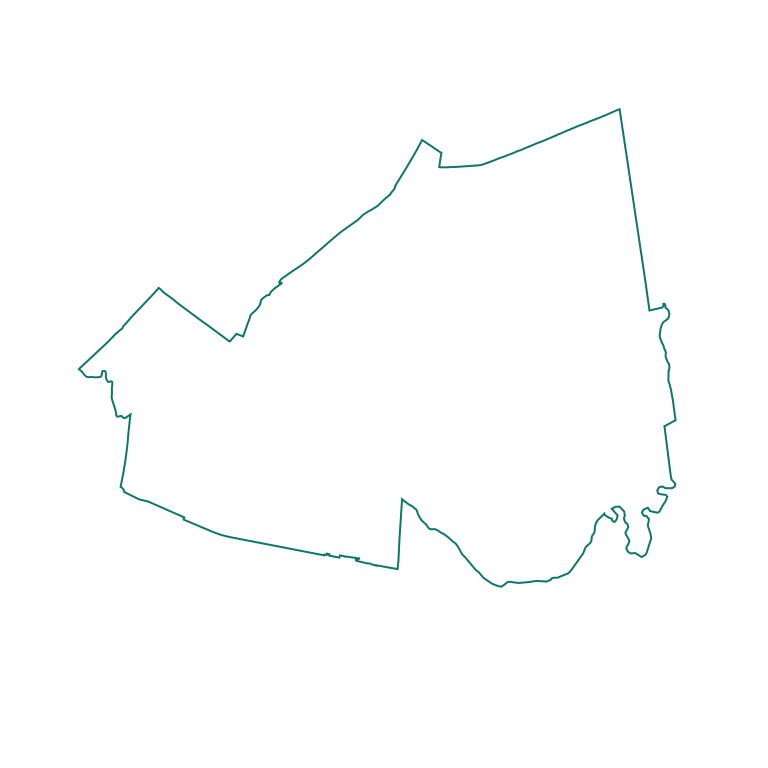 the district of Ghidigeni, Galati, Romania, rotated 257°
{"feature_id": "2599482B46440219458766", "entity_name": "Ghidigeni", "entity_type": "district", "adm_level": 2, "iso_a3": "ROU", "parent_name": "Romania", "parent_adm1": "Galati", "projection": "natural_earth1", "projection_center": [27.503, 46.029], "detail": "fine", "context": "isolated", "style": "outline", "palette": "teal", "viewbox_px": 768, "rotation_deg": 257, "n_neighbors": 0, "source": "geoboundaries", "source_scale": "gbopen_adm2", "svg_char_len": 6153}
<svg xmlns="http://www.w3.org/2000/svg" viewBox="0 0 768 768"><g transform="rotate(257 384 384)"><path d="M528.3,186.0L526.4,183.6L523.3,179.1L521.4,176.2L512.4,162.7L507.9,155.8L506.0,153.0L502.0,147.5L500.6,145.4L499.1,143.2L498.7,142.8L497.0,141.5L496.5,140.4L495.9,139.1L495.0,137.2L493.9,135.6L493.9,134.8L489.6,128.3L486.6,123.6L467.2,90.1L466.0,90.9L465.4,91.5L464.8,91.9L463.9,92.4L462.0,93.4L460.8,93.9L459.3,94.7L458.1,95.7L457.6,96.3L457.3,97.1L457.0,98.1L456.8,99.2L456.8,100.3L456.6,101.0L456.1,102.0L455.5,103.9L454.9,107.0L454.7,108.3L454.7,109.1L454.8,109.6L455.2,110.2L455.8,110.7L457.2,111.4L457.9,111.7L458.6,111.9L459.3,112.1L459.7,112.5L459.8,113.0L459.8,113.6L459.7,114.2L459.5,114.6L459.1,115.1L458.7,115.4L458.2,115.5L456.5,115.3L452.9,114.5L451.9,114.5L450.6,114.7L449.8,114.9L448.9,115.3L448.4,115.7L448.1,116.0L447.9,116.4L447.8,116.9L448.0,118.6L447.8,119.1L447.5,119.4L447.1,119.6L446.4,119.6L445.1,119.3L440.5,117.7L436.7,117.0L433.5,116.0L432.3,115.6L431.3,115.5L429.3,115.6L426.7,115.8L418.4,116.5L413.8,116.1L412.8,116.3L412.2,117.0L412.0,118.4L412.1,119.9L411.8,121.1L411.0,121.6L409.7,122.5L409.1,123.4L409.1,124.1L411.3,130.2L407.7,128.8L392.5,123.5L386.1,121.5L381.6,120.0L370.7,116.0L366.7,114.4L357.3,110.6L343.0,104.2L341.7,105.5L339.8,106.4L337.0,106.8L326.8,119.3L322.4,128.0L299.3,158.9L298.9,159.4L297.0,158.2L277.5,185.2L274.1,190.5L271.8,194.8L269.6,199.2L232.4,282.9L231.5,285.1L230.4,287.4L231.2,287.7L230.9,288.5L230.3,289.8L231.5,290.2L230.4,292.5L229.1,292.0L224.9,301.4L226.9,302.5L225.4,306.0L225.2,306.3L224.6,306.9L224.8,307.2L219.4,321.3L219.0,317.5L219.1,317.1L218.1,317.0L214.1,325.1L213.0,327.1L212.5,329.5L211.1,331.4L208.8,335.4L209.2,335.5L200.6,355.6L208.2,358.2L228.8,364.0L267.7,375.7L266.5,376.6L260.6,381.5L259.2,383.4L254.5,387.1L253.0,387.6L250.6,387.7L248.6,388.1L246.6,388.6L244.3,389.3L242.9,389.9L240.4,391.5L238.5,392.9L236.5,394.0L234.6,394.6L233.0,395.4L231.9,397.0L231.4,399.8L230.6,401.8L229.4,403.3L226.9,405.6L223.6,409.2L219.8,412.4L215.6,415.2L213.3,417.2L211.6,418.4L207.2,420.0L202.8,421.1L199.9,422.2L197.1,424.0L182.3,431.5L179.2,434.0L172.6,437.4L164.9,444.6L161.7,449.3L160.1,452.7L161.3,456.0L162.7,458.6L163.2,460.5L162.9,462.4L161.8,465.1L159.9,470.2L158.5,479.9L157.8,488.5L156.1,494.0L154.9,498.4L155.7,502.4L156.9,503.7L157.0,506.1L156.4,508.2L156.3,509.9L158.2,521.2L160.6,524.7L174.1,539.9L178.0,542.6L179.6,543.7L182.7,549.1L184.3,550.7L186.2,551.3L188.1,552.0L189.6,553.0L191.7,555.3L193.7,556.4L196.3,557.0L198.9,558.1L201.3,559.7L203.2,561.6L205.7,565.7L208.2,569.5L206.9,569.5L203.0,573.2L201.5,575.7L199.3,575.7L197.7,577.4L199.1,579.5L200.2,580.5L203.5,582.1L206.5,580.3L211.2,577.9L212.3,582.0L211.5,585.9L205.7,589.4L201.4,589.0L199.2,587.5L195.1,587.9L193.0,589.6L189.5,589.8L184.9,585.8L183.3,585.8L176.2,587.9L172.9,586.0L170.8,583.8L169.0,583.1L165.8,583.9L163.5,586.1L162.7,590.9L157.4,596.1L158.7,600.3L160.6,602.0L173.4,609.6L177.8,610.0L186.6,609.2L192.7,611.8L196.5,609.9L197.2,607.4L200.8,606.4L203.2,608.5L204.1,613.2L200.3,614.7L197.1,621.4L197.6,623.5L202.8,628.1L206.7,632.2L210.4,634.7L212.6,633.5L213.9,629.8L215.6,626.5L218.8,626.3L221.6,628.9L221.5,632.2L219.1,634.9L217.7,641.2L218.6,644.1L220.1,645.1L221.7,645.1L223.6,644.2L226.3,642.6L229.7,642.7L279.9,647.8L280.1,649.1L283.2,660.0L285.4,660.1L302.9,661.8L311.6,662.2L314.9,662.4L316.6,662.2L318.0,662.3L322.8,661.9L324.4,662.0L325.7,662.5L328.3,663.1L330.7,663.8L332.1,664.0L334.3,665.2L336.3,665.9L337.1,666.1L338.4,666.2L339.5,666.2L340.5,665.9L341.4,665.4L342.1,665.2L343.1,665.1L343.7,665.1L345.0,664.8L346.3,664.6L347.9,664.7L349.1,665.0L350.2,665.4L351.5,665.7L352.3,665.7L353.3,665.6L354.6,665.2L355.4,665.1L356.6,664.9L358.2,665.0L358.5,664.9L362.2,664.0L362.9,663.9L363.9,663.9L366.5,663.3L367.0,663.3L369.2,663.5L375.8,666.0L379.4,668.2L381.0,669.6L381.7,670.6L382.2,672.1L383.5,674.8L384.2,675.7L384.4,676.0L385.3,676.5L388.0,677.8L388.5,677.8L390.1,677.9L390.7,677.8L391.8,677.5L392.6,677.3L392.8,677.1L393.5,676.8L394.8,675.6L395.2,675.4L395.7,675.4L395.9,675.4L397.0,675.9L399.1,675.3L399.2,674.3L398.0,674.3L395.9,672.3L395.9,659.2L426.8,661.9L598.8,675.4L598.6,674.2L598.2,671.6L596.7,663.4L596.1,660.6L595.7,657.6L595.3,655.8L595.0,653.7L594.3,649.1L594.0,646.6L593.7,644.6L593.6,643.6L593.2,641.9L593.0,640.4L592.9,639.7L592.6,637.7L592.4,635.7L592.1,634.6L591.7,630.8L591.0,627.3L590.6,624.5L590.3,623.5L590.1,622.2L589.5,618.0L589.0,615.4L588.6,613.7L588.3,612.0L587.9,609.1L587.4,607.0L586.6,602.7L586.3,600.8L585.6,597.0L585.3,595.4L584.9,592.8L584.8,591.6L584.5,589.9L584.3,588.6L584.0,586.0L583.4,583.2L583.1,581.0L582.8,579.2L581.9,573.8L581.6,572.2L581.2,570.5L580.9,567.0L579.7,560.3L579.2,556.0L578.7,553.3L578.2,548.3L577.0,540.5L576.2,534.4L576.2,533.4L575.8,531.3L575.6,529.1L575.7,526.8L575.7,525.3L575.9,524.7L576.1,522.7L576.3,522.1L578.1,510.5L578.4,508.9L578.6,507.4L579.3,503.2L579.9,500.4L580.2,498.7L580.5,496.7L581.3,492.6L582.1,489.1L582.4,487.9L582.9,486.6L591.7,490.0L593.2,490.7L596.2,491.9L601.4,487.0L604.3,484.4L605.7,483.1L606.4,482.5L607.1,481.7L613.1,476.0L605.0,468.9L596.5,461.0L589.3,454.1L583.7,448.6L577.1,442.0L574.1,439.2L572.9,438.9L571.6,437.8L569.8,435.5L568.7,433.8L568.0,433.4L567.3,432.7L566.5,431.1L564.9,428.0L562.9,424.2L559.6,419.0L558.7,417.1L556.5,410.7L555.4,406.8L554.3,403.6L553.5,401.6L552.4,399.8L551.3,398.0L550.6,396.9L549.5,394.8L542.1,376.8L540.4,373.3L537.2,367.1L536.2,365.1L533.5,360.0L531.8,356.9L527.5,348.7L524.0,342.3L522.1,338.6L518.8,331.4L513.9,318.5L510.6,310.4L509.0,306.9L507.0,305.0L506.5,304.7L506.2,304.7L506.1,304.8L506.0,305.1L505.9,306.1L505.7,306.8L505.4,306.9L505.0,306.8L503.6,303.4L502.1,299.7L500.3,296.3L498.4,293.7L496.6,292.5L496.6,292.0L496.8,290.8L496.7,289.7L495.9,287.7L494.7,285.1L493.4,283.1L492.6,282.6L490.8,282.0L489.1,281.0L486.4,278.0L485.5,276.9L482.0,270.7L481.1,269.5L476.2,266.6L472.3,263.9L469.6,262.3L465.8,259.9L462.0,257.4L466.1,251.5L460.2,243.5L460.2,243.1L463.2,240.5L482.5,224.0L486.6,220.3L499.1,209.7L508.2,201.9L515.0,196.7L520.1,192.2L523.4,189.5L526.4,187.6L527.6,186.7L528.3,186.0Z" fill="none" stroke="#0f766e" stroke-width="2"/></g></svg>